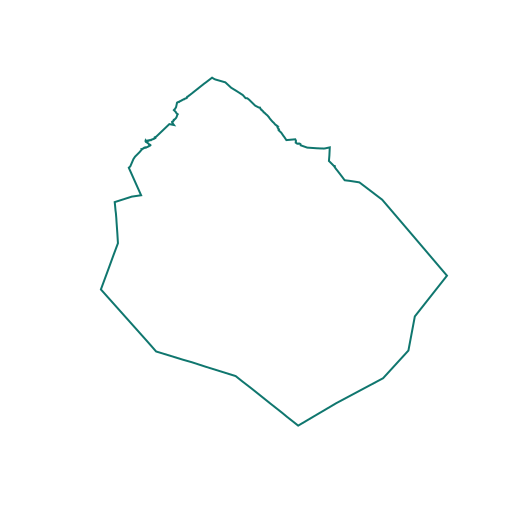 the district of Snåase sma 1, Nord-Trøndelag, Norway, rotated 56°
{"feature_id": "86288312B29366905893457", "entity_name": "Snåase sma 1", "entity_type": "district", "adm_level": 2, "iso_a3": "NOR", "parent_name": "Norway", "parent_adm1": "Nord-Trøndelag", "projection": "orthographic", "projection_center": [12.115, 64.195], "detail": "fine", "context": "isolated", "style": "outline", "palette": "teal", "viewbox_px": 512, "rotation_deg": 56, "n_neighbors": 0, "source": "geoboundaries", "source_scale": "gbopen_adm2", "svg_char_len": 4763}
<svg xmlns="http://www.w3.org/2000/svg" viewBox="0 0 512 512"><g transform="rotate(56 256 256)"><path d="M279.3,392.2L301.2,374.5L308.3,368.5L319.6,359.7L344.2,340.0L352.2,337.5L363.3,333.8L386.7,326.5L401.0,321.9L406.5,320.3L420.2,315.9L422.9,271.6L428.4,219.0L419.6,182.5L394.9,158.1L379.1,108.7L333.5,113.8L279.9,119.9L252.8,129.1L251.2,130.8L246.1,136.3L244.3,138.4L242.8,140.1L241.5,140.2L239.0,140.3L230.6,140.8L228.7,141.0L227.7,141.0L226.4,141.1L225.8,140.5L225.4,140.4L225.0,140.9L224.9,141.1L223.0,141.4L218.0,142.4L213.9,139.1L207.2,134.1L205.5,138.4L204.8,139.8L203.9,140.9L203.4,141.7L200.5,145.6L200.1,146.1L194.8,152.9L189.3,157.0L189.2,156.9L188.5,156.8L188.2,156.6L187.4,156.9L187.0,157.2L186.8,157.4L186.8,157.7L186.6,157.8L186.5,158.0L186.5,158.3L186.4,158.4L186.3,158.5L186.2,158.7L186.0,159.0L185.8,159.0L185.7,159.1L185.3,159.2L184.7,159.5L184.2,159.7L183.8,159.3L183.9,159.2L183.7,159.1L183.4,159.0L183.3,158.9L183.2,158.8L182.8,158.6L182.7,158.4L181.2,158.2L176.9,166.0L172.9,166.0L171.8,166.1L167.9,166.1L164.5,166.9L164.3,166.6L164.1,166.6L163.9,166.3L163.7,166.3L163.7,166.2L163.4,166.2L163.3,166.3L163.0,166.1L162.7,166.1L162.1,166.3L161.6,166.3L161.3,166.2L161.1,165.9L160.9,165.8L160.4,165.7L160.0,165.9L159.9,165.9L160.0,165.7L159.7,165.8L159.3,165.9L159.1,166.1L158.9,166.1L158.5,166.3L158.3,166.3L158.2,166.4L158.0,166.5L157.4,166.6L157.2,166.6L156.6,166.7L156.4,166.7L155.3,166.8L154.4,167.1L151.7,167.5L151.2,167.5L149.8,167.7L148.5,167.7L148.2,167.6L147.9,167.7L147.4,167.8L147.1,167.8L146.0,167.9L144.5,168.3L144.1,168.4L143.9,168.5L143.3,168.6L143.0,168.7L142.5,168.7L141.9,168.9L141.5,169.0L141.3,169.2L141.2,169.1L140.8,169.2L140.4,169.2L139.5,169.3L138.8,169.6L138.3,169.6L138.2,169.6L138.1,169.8L137.7,169.9L137.5,169.7L137.3,169.8L136.7,170.0L135.2,169.7L134.4,170.7L130.9,172.6L122.6,174.3L120.4,175.0L119.3,176.4L115.3,176.9L108.3,179.9L102.6,182.5L94.9,184.3L86.8,191.1L85.4,191.9L83.6,192.7L84.1,201.2L84.1,202.3L85.6,221.7L85.5,221.9L85.5,222.1L85.6,222.4L85.7,222.8L85.7,223.2L85.7,223.3L85.7,223.6L85.5,223.8L85.5,224.0L85.7,224.3L85.8,224.5L86.2,224.8L86.3,225.1L86.3,225.4L86.1,225.8L86.0,226.3L85.9,226.6L85.8,227.0L85.9,227.4L85.8,227.6L85.8,228.0L85.7,228.2L85.8,228.3L85.7,228.5L85.6,228.8L85.6,229.0L85.5,229.5L85.5,229.9L85.5,230.0L85.4,230.2L85.4,230.3L85.4,230.5L85.5,230.6L85.5,230.8L85.4,231.1L85.4,231.3L85.3,231.5L85.3,231.9L85.2,232.3L85.1,232.7L85.1,232.9L85.3,233.2L85.3,233.3L85.2,233.3L85.1,233.6L85.0,233.8L84.9,234.0L84.8,234.7L84.9,234.8L84.9,235.0L84.7,235.3L84.7,235.6L84.9,236.0L85.4,236.4L87.3,238.4L87.8,238.9L88.6,240.5L88.9,241.4L88.9,241.8L89.1,242.5L90.2,242.3L91.6,242.0L92.8,242.1L93.5,242.0L94.7,241.6L95.1,242.5L95.4,242.9L95.6,243.1L96.2,243.9L96.5,244.4L96.9,245.2L97.1,246.0L97.3,247.5L97.5,247.9L97.6,248.2L97.4,248.3L97.5,248.4L97.5,248.6L97.9,249.2L97.9,249.3L98.1,249.6L98.0,249.9L98.0,250.1L97.9,250.2L98.0,250.4L97.9,250.6L98.0,250.7L98.5,250.7L98.6,250.8L98.9,250.9L99.1,250.9L101.5,250.8L98.2,254.1L101.3,272.3L101.3,272.5L101.2,272.6L101.1,272.8L101.2,273.0L101.1,273.3L101.6,273.4L101.6,273.6L101.9,273.7L101.8,274.0L101.7,274.2L101.8,274.3L101.8,274.5L101.6,274.8L101.8,275.0L101.8,275.3L101.6,275.7L101.6,275.9L101.5,276.0L101.4,276.4L101.4,276.5L101.3,276.8L101.3,277.1L101.3,277.3L101.1,277.5L101.0,277.9L101.2,278.2L101.0,278.4L101.0,278.7L101.0,278.8L100.9,279.0L100.6,279.2L100.5,279.3L100.4,279.5L100.6,279.6L100.4,280.1L100.2,280.2L100.2,280.4L100.3,280.5L100.2,280.7L100.1,280.8L100.0,281.0L99.9,281.1L100.0,281.2L100.1,281.3L99.9,281.5L99.8,281.9L99.7,282.0L99.7,282.3L99.3,282.4L99.2,282.4L99.2,282.5L99.3,282.6L99.2,282.7L99.0,282.8L99.1,283.0L98.7,283.0L98.8,283.1L98.9,283.3L99.1,283.3L99.3,283.4L99.5,283.4L99.8,283.5L100.1,283.3L100.0,283.2L100.4,283.1L100.8,282.9L101.1,282.9L101.6,282.7L102.3,282.4L102.5,282.3L102.8,282.3L103.0,282.3L103.4,282.3L103.5,282.3L103.5,282.2L103.8,282.1L104.0,282.1L104.2,281.9L104.3,281.9L104.4,281.7L104.6,281.6L104.9,281.5L105.1,281.5L105.2,281.8L104.9,282.0L105.0,282.3L105.0,282.5L105.0,283.0L105.0,283.4L105.1,283.5L105.0,283.9L105.0,284.4L104.9,284.6L104.9,285.1L104.6,286.1L104.6,286.3L104.4,286.5L104.5,286.6L104.4,286.7L104.3,287.0L104.3,287.3L104.3,287.5L104.0,287.6L103.9,287.6L103.7,287.8L103.7,288.2L103.7,288.3L103.7,288.6L103.7,288.8L103.8,288.9L103.9,289.0L103.9,289.3L103.8,289.6L103.8,289.9L103.7,289.9L103.6,290.3L103.6,290.5L103.6,290.8L103.4,291.1L103.7,291.2L103.9,291.3L104.8,294.5L106.0,300.7L107.1,303.4L111.4,310.1L111.7,312.1L141.4,317.3L137.6,325.2L137.4,325.5L132.3,343.0L135.5,344.7L139.5,346.9L142.3,348.3L146.6,350.7L149.3,352.3L159.7,358.3L168.2,363.3L175.4,373.4L183.4,384.4L184.7,386.2L197.0,403.3L267.4,393.7L279.3,392.2Z" fill="none" stroke="#0f766e" stroke-width="2"/></g></svg>